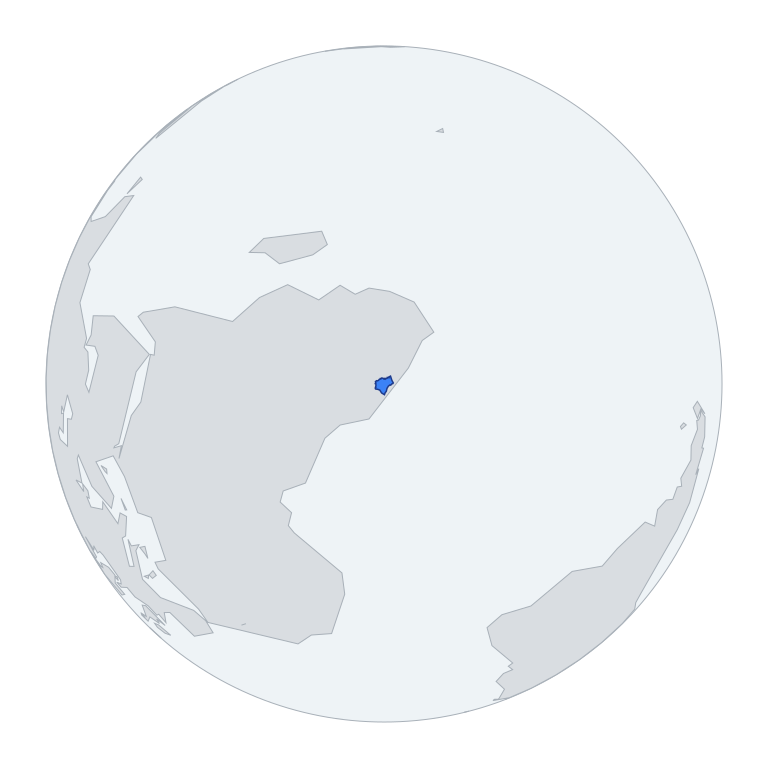 globe centered on Erongo, rotated 236°
{"feature_id": "NAM-3348", "entity_name": "Erongo", "entity_type": "Region", "adm_level": 1, "iso_a3": "NAM", "parent_name": "Namibia", "parent_adm1": "", "projection": "orthographic", "projection_center": [15.284, -22.15], "detail": "coarse", "context": "on_globe", "style": "filled", "palette": "blue", "viewbox_px": 768, "rotation_deg": 236, "n_neighbors": 0, "source": "natural_earth", "source_scale": "10m", "svg_char_len": 4921}
<svg xmlns="http://www.w3.org/2000/svg" viewBox="0 0 768 768"><g transform="rotate(236 384 384)"><circle cx="384" cy="384" r="338" fill="#eef3f6" stroke="#a8b0b8"/><path d="M54.7,308.2L53.9,312.4L60.3,298.0L58.8,303.1L63.6,313.2L74.7,310.6L77.2,321.2L75.3,330.9L80.5,329.2L80.7,334.7L106.7,327.2L124.4,333.2L126.8,352.7L117.8,381.7L123.4,435.2L111.0,463.1L117.1,485.5L123.5,523.3L114.8,528.9L126.9,540.6L129.9,553.2L126.9,559.0L134.6,569.5L132.8,573.6L139.9,577.4L149.3,595.9L161.1,604.2L171.1,618.5L178.9,622.9L178.2,624.5L180.6,628.4L185.0,631.8L177.2,631.8L160.9,620.3L153.3,611.8L152.1,613.0L134.5,591.7L137.8,597.7L114.7,571.0L99.2,545.6L67.0,480.3L62.0,470.5L57.1,465.9L52.2,447.8L48.0,420.0L46.2,392.0L46.7,363.8L49.5,335.8L54.7,308.2ZM194.4,634.1L179.9,633.4L186.1,632.7L180.1,624.6L191.5,627.1L194.4,634.1ZM181.0,611.7L180.2,605.3L183.0,606.0L184.2,610.7L181.0,611.7ZM438.1,50.4L437.9,50.4L425.2,48.6L439.1,50.9L437.0,50.3L443.8,51.5L444.4,51.5L468.1,56.7L491.4,63.6L514.1,72.1L536.2,82.3L557.4,94.0L577.8,107.2L597.2,121.8L615.4,137.8L632.5,155.0L648.3,173.4L662.7,192.9L675.7,213.4L687.2,234.8L697.1,256.9L705.4,279.7L712.1,303.1L715.7,320.5L720.1,348.7L721.8,374.6L720.7,360.3L718.4,337.3L716.3,326.3L713.1,307.7L704.0,275.6L702.7,274.0L699.1,263.2L686.5,234.7L682.5,232.1L678.6,246.6L684.2,273.9L680.2,281.9L660.2,233.3L649.0,206.0L643.2,204.5L621.5,177.4L588.1,162.9L582.1,155.9L576.1,156.4L560.6,146.9L550.9,136.4L542.1,134.7L567.6,163.1L576.9,165.4L582.9,158.8L588.4,168.6L603.2,181.1L591.4,198.1L539.8,206.0L532.7,185.3L482.8,130.7L483.1,126.0L482.8,125.4L482.1,124.4L479.7,131.8L470.4,122.6L499.2,156.9L505.0,172.3L539.1,207.0L536.4,209.6L546.8,218.0L577.5,217.8L578.1,224.6L564.9,253.8L520.5,293.4L525.3,329.2L520.2,359.7L490.2,376.9L490.4,402.8L474.5,410.3L471.9,425.2L457.7,440.4L435.1,454.8L399.1,454.3L398.7,440.0L383.6,413.1L363.4,352.0L374.5,324.7L372.1,304.7L345.8,263.5L351.7,240.6L344.2,231.9L329.0,235.4L320.1,225.5L310.8,226.3L250.9,243.5L231.7,233.9L206.4,201.0L216.5,183.4L216.6,167.4L284.8,104.7L301.1,104.4L357.0,93.4L364.3,94.5L359.8,104.5L403.4,116.5L415.0,107.9L452.3,117.1L475.9,119.3L480.6,101.7L442.0,97.3L433.3,88.5L462.5,84.6L496.0,90.9L493.6,87.9L470.8,78.2L476.7,75.0L462.7,74.9L469.7,78.3L461.1,78.8L454.1,75.8L456.5,74.5L445.9,72.3L437.4,80.6L443.6,85.0L417.0,85.3L424.7,93.1L418.1,96.5L402.5,84.8L402.7,80.9L375.2,71.0L372.6,74.8L398.4,84.9L391.1,84.0L387.8,91.0L384.6,85.1L357.1,74.6L331.9,79.3L302.8,99.6L287.5,103.8L273.3,103.2L280.9,85.8L314.3,78.7L317.4,74.0L308.1,69.8L319.1,68.5L319.4,66.4L331.8,64.5L346.7,58.5L359.0,57.2L362.5,52.5L369.2,51.6L365.2,54.3L369.0,56.1L399.0,55.5L404.1,54.7L404.0,52.1L412.3,52.9L408.3,50.6L424.4,51.1L401.4,49.0L400.6,47.5L409.0,47.3L404.6,46.8L390.9,47.5L389.2,48.3L394.3,49.3L386.0,53.2L376.2,54.1L369.3,49.9L354.6,51.4L355.6,48.8L382.2,46.1L410.2,47.1L438.1,50.4ZM263.8,131.0L262.5,135.5L263.8,131.0ZM533.4,109.3L552.1,115.5L540.0,102.9L546.2,104.6L539.8,100.1L539.0,102.0L522.9,90.8L529.6,90.8L525.5,86.8L519.0,84.6L509.3,86.8L532.3,102.2L529.6,105.1L533.4,109.3ZM60.6,297.3L60.9,299.2L59.5,301.4L60.6,297.3ZM66.5,268.3L67.1,266.9L65.3,271.5L66.5,268.3ZM309.0,60.1L313.9,60.0L310.3,62.4L294.9,66.7L299.9,63.1L309.0,60.1ZM321.8,59.7L319.3,55.8L328.8,53.8L323.9,55.4L330.5,54.4L324.3,57.0L335.9,59.9L333.5,62.4L306.2,67.5L316.4,64.1L311.0,63.9L321.8,59.7ZM312.9,53.6L299.8,56.7L298.1,57.2L312.9,53.6ZM371.4,90.7L376.8,90.8L385.1,90.2L383.1,95.0L371.4,90.7ZM352.3,83.4L357.1,82.5L358.4,88.0L352.7,88.2L352.3,83.4ZM358.6,77.8L357.3,82.0L354.6,79.9L358.6,77.8ZM369.5,53.8L374.4,53.2L375.4,53.8L373.1,54.9L369.5,53.8ZM474.7,103.8L468.6,106.5L464.7,104.3L467.6,103.8L474.7,103.8ZM424.2,99.0L436.2,102.0L423.5,100.3L424.2,99.0ZM563.9,568.9L563.0,575.5L559.3,574.0L563.9,568.9ZM571.9,365.7L545.5,417.8L531.3,415.0L530.9,397.2L542.1,364.6L559.3,358.8L568.4,345.9L571.9,365.7ZM718.3,433.4L718.4,432.9L719.5,421.5L720.1,417.8L719.7,422.8L718.3,433.4ZM720.1,417.1L720.7,390.7L715.3,332.1L717.4,338.2L721.8,380.2L721.7,383.8L721.4,402.5L720.1,417.1ZM685.4,277.3L691.6,297.9L688.8,298.0L685.4,277.3ZM652.1,589.7L653.8,586.8L659.5,577.7L665.1,570.5L684.4,537.8L683.3,540.4L692.9,521.0L681.1,545.1L667.5,567.9L652.1,589.7Z" fill="#d9dde1" stroke="#a8b0b8" stroke-width="1"/><path d="M379.7,392.3L379.4,391.5L379.7,390.8L379.3,388.9L379.4,388.3L379.5,389.0L379.9,388.4L379.8,386.4L378.6,383.9L376.7,381.9L376.0,379.9L374.9,378.4L377.9,377.0L381.3,377.1L383.1,375.8L384.6,374.2L384.9,374.2L385.7,374.6L385.8,375.4L386.4,375.5L387.0,376.3L389.0,377.5L389.3,377.1L390.1,378.2L390.8,378.3L390.9,379.7L390.3,380.3L390.1,381.5L390.5,382.8L390.2,383.6L390.5,384.0L390.0,384.3L390.3,385.3L389.9,385.6L389.7,386.1L388.8,386.7L388.3,386.6L387.7,387.2L388.2,387.3L388.2,388.0L387.3,388.5L387.2,389.9L387.5,390.3L386.9,390.5L387.1,391.3L386.5,391.8L387.1,392.2L386.9,393.8L382.7,392.6L379.7,392.3Z" fill="#3b82f6" stroke="#1e3a8a" stroke-width="1.5"/></g></svg>